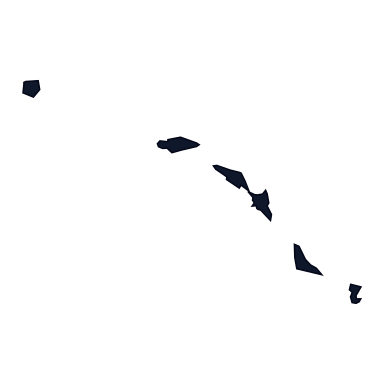 the district of Wadi Al-NatrUn, Al Buhayrah, Egypt
{"feature_id": "37247803B8184364272320", "entity_name": "Wadi Al-NatrUn", "entity_type": "district", "adm_level": 2, "iso_a3": "EGY", "parent_name": "Egypt", "parent_adm1": "Al Buhayrah", "projection": "mercator", "projection_center": [30.373, 30.389], "detail": "fine", "context": "isolated", "style": "filled", "palette": "ink", "viewbox_px": 384, "rotation_deg": 0, "n_neighbors": 0, "source": "geoboundaries", "source_scale": "gbopen_adm2", "svg_char_len": 1045}
<svg xmlns="http://www.w3.org/2000/svg" viewBox="0 0 384 384"><path d="M180.5,137.2L167.9,139.6L167.9,141.7L159.9,140.9L157.4,143.7L158.5,146.7L162.5,148.4L167.1,148.2L171.9,152.7L182.0,149.9L196.6,146.5L199.2,144.7L196.6,143.0L180.5,137.2ZM245.1,181.2L241.2,173.2L239.5,172.4L230.6,170.2L216.7,165.4L213.4,165.9L215.7,169.2L226.9,176.9L226.5,179.5L239.3,188.1L241.0,185.1L249.0,191.1L245.1,181.2ZM316.3,268.2L310.5,264.9L305.4,259.4L299.0,246.3L294.4,244.3L294.8,257.6L296.8,268.8L321.8,274.7L316.3,268.2ZM267.2,193.9L265.6,190.2L262.5,194.1L259.8,194.5L257.8,194.9L254.8,194.7L247.9,191.5L253.0,197.6L252.5,200.1L254.3,202.9L252.1,206.1L256.1,205.7L256.9,208.6L258.3,209.5L260.6,210.0L270.5,220.5L271.5,214.5L267.1,205.8L268.8,203.1L267.2,193.9ZM39.7,89.6L38.2,80.7L25.8,81.5L23.9,82.4L23.9,84.4L23.0,92.9L33.4,97.1L39.7,89.6ZM356.0,295.6L361.0,286.9L350.7,284.3L349.4,289.8L352.2,292.3L350.5,296.9L352.1,302.6L354.3,303.0L356.1,303.3L359.1,301.8L360.8,298.8L356.5,298.9L356.0,295.6Z" fill="#0f172a" stroke="#020617" stroke-width="1.5"/></svg>